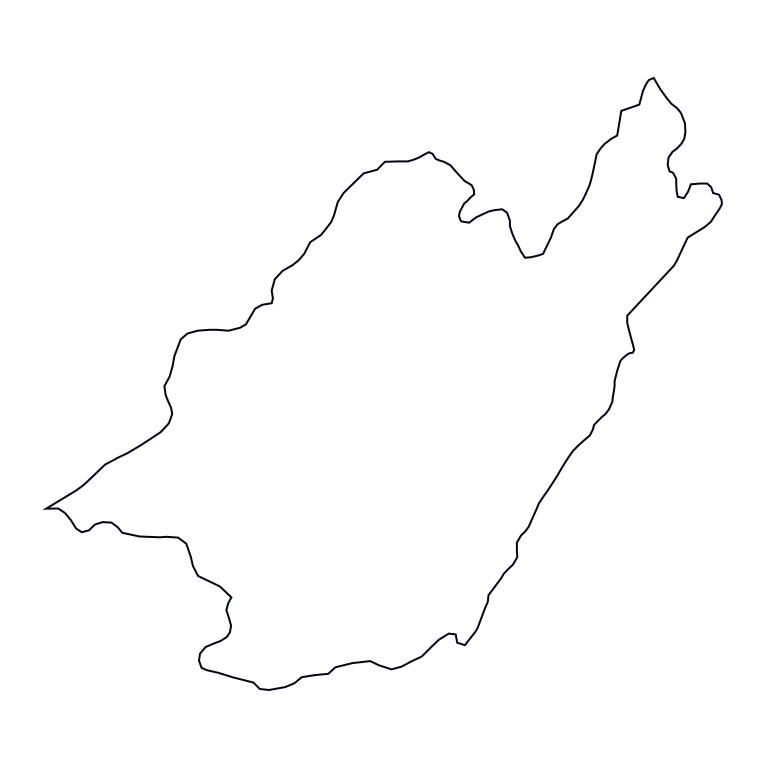 Sebauh, Sarawak, Malaysia (Robinson projection)
{"feature_id": "92858781B11810319562085", "entity_name": "Sebauh", "entity_type": "district", "adm_level": 2, "iso_a3": "MYS", "parent_name": "Malaysia", "parent_adm1": "Sarawak", "projection": "robinson", "projection_center": [113.621, 3.14], "detail": "fine", "context": "isolated", "style": "outline", "palette": "ink", "viewbox_px": 768, "rotation_deg": 0, "n_neighbors": 0, "source": "geoboundaries", "source_scale": "gbopen_adm2", "svg_char_len": 3252}
<svg xmlns="http://www.w3.org/2000/svg" viewBox="0 0 768 768"><path d="M477.8,627.5L484.9,608.5L487.8,601.8L488.5,595.2L500.7,578.9L504.0,573.5L508.8,568.5L512.9,564.7L517.3,557.2L516.9,550.9L516.9,542.6L521.0,535.5L525.4,531.3L528.7,526.7L532.4,518.4L536.1,510.1L539.1,503.0L543.9,495.9L547.2,491.3L551.6,484.6L557.5,475.4L560.8,469.6L564.9,462.9L568.9,456.7L573.4,450.4L579.3,444.6L584.0,440.4L589.9,435.4L592.9,429.5L594.0,425.0L596.9,422.0L601.4,417.4L605.4,414.1L609.1,409.1L612.4,401.6L612.8,397.0L613.9,391.2L614.6,385.7L614.6,381.2L617.2,370.7L620.5,360.7L622.8,358.2L625.7,355.7L629.4,353.2L632.7,352.8L634.2,349.9L633.1,345.3L631.6,339.9L630.1,334.4L628.7,329.0L627.2,322.8L627.2,315.7L673.6,266.0L676.9,260.6L687.6,237.7L705.0,226.8L710.9,221.8L712.2,219.7L713.8,217.2L719.7,208.5L721.9,204.3L721.6,200.1L719.0,194.7L713.1,193.0L711.2,187.2L707.2,183.5L700.9,183.5L690.9,184.3L688.0,191.8L683.9,198.1L677.7,196.8L676.6,191.0L676.2,183.0L676.2,178.5L672.9,172.6L669.6,171.4L667.7,165.1L668.5,157.6L672.5,151.8L676.6,148.8L681.4,143.8L684.3,138.8L685.4,132.2L685.0,123.4L681.0,113.0L677.3,108.4L671.4,103.8L667.3,98.8L663.3,93.4L660.3,89.2L653.7,78.0L652.6,78.4L648.9,80.0L646.0,84.2L643.0,90.9L639.3,104.6L621.3,110.9L617.2,135.5L611.3,138.8L604.7,143.8L600.6,148.4L596.6,154.3L594.7,163.9L591.8,177.2L589.6,185.1L585.9,193.5L582.9,199.7L578.9,206.0L573.7,211.8L567.8,218.5L562.3,221.4L557.5,224.3L553.8,229.3L550.9,237.7L545.0,249.8L543.1,253.9L537.9,255.6L530.6,257.3L525.0,257.7L520.6,251.0L518.4,246.0L515.1,240.2L512.1,233.1L509.9,226.0L509.9,220.6L507.0,212.6L502.2,209.3L494.8,210.1L488.9,211.4L476.4,217.2L469.0,222.7L461.3,221.4L460.5,220.2L459.0,216.0L459.8,211.8L464.2,203.5L466.8,201.4L470.8,197.2L474.2,194.3L473.8,189.7L471.6,185.1L464.6,181.0L459.8,175.9L456.1,171.8L450.2,165.1L443.9,161.8L439.5,160.5L435.8,158.9L432.5,153.8L428.8,152.2L424.0,154.7L418.9,157.6L413.7,159.7L407.8,161.4L399.0,161.4L384.9,161.8L377.2,169.7L363.6,173.4L343.6,193.0L337.7,202.2L334.1,215.1L331.1,222.2L325.9,228.9L321.2,234.8L310.1,242.3L304.2,253.9L298.3,260.6L292.4,265.2L282.4,271.0L274.7,279.4L271.7,290.6L272.9,298.6L271.7,303.2L262.2,304.8L255.2,308.6L245.9,324.4L240.0,327.8L228.6,330.7L216.8,329.8L209.4,329.8L197.6,330.7L187.3,333.6L180.7,339.4L174.4,356.1L172.6,366.1L169.6,376.6L164.4,386.2L165.6,394.9L168.1,401.2L171.1,407.8L172.2,414.1L168.9,423.3L160.8,432.0L150.8,438.7L140.5,445.4L127.2,453.3L118.3,457.5L105.1,464.6L95.5,473.8L84.1,484.6L76.3,490.4L46.1,508.7L58.2,508.5L65.0,513.0L70.9,520.2L76.1,528.5L81.7,532.2L88.8,530.4L95.0,524.5L102.7,522.1L111.5,522.6L117.9,527.4L122.3,532.8L139.6,536.5L159.9,537.3L166.5,536.8L178.0,537.6L186.3,543.7L190.8,556.8L192.9,565.9L198.1,576.0L219.8,586.4L231.4,597.4L228.1,603.5L226.4,610.2L229.0,618.2L231.1,625.7L229.9,632.4L226.9,636.9L220.7,640.9L213.7,643.6L205.6,647.0L200.0,653.7L199.0,660.7L201.6,667.9L207.3,670.3L217.9,672.7L233.5,677.5L253.5,682.6L259.9,689.0L268.9,690.0L285.2,687.1L294.6,683.1L301.7,677.2L314.9,675.1L328.3,673.8L335.4,667.3L352.4,663.1L370.2,661.1L379.0,665.3L391.6,669.4L401.9,666.5L411.1,661.5L421.8,656.5L431.4,646.9L438.8,639.8L448.7,633.6L455.7,634.4L457.2,642.7L464.9,645.2L475.6,631.5L477.8,627.5Z" fill="none" stroke="#020617" stroke-width="2"/></svg>